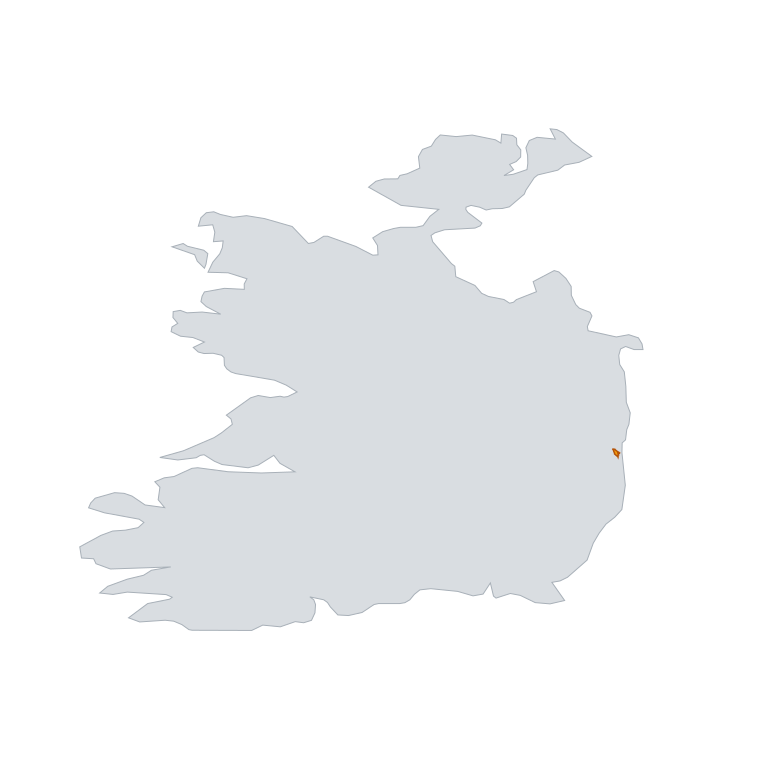 Blackrock Lea-6, Dún Laoghaire–Rathdown, Ireland shown in context, rotated 13°
{"feature_id": "5873133B82062231942837", "entity_name": "Blackrock Lea-6", "entity_type": "district", "adm_level": 2, "iso_a3": "IRL", "parent_name": "Ireland", "parent_adm1": "Dún Laoghaire–Rathdown", "projection": "equal_earth", "projection_center": [-6.181, 53.289], "detail": "fine", "context": "in_parent", "style": "filled", "palette": "amber", "viewbox_px": 768, "rotation_deg": 13, "n_neighbors": 0, "source": "geoboundaries", "source_scale": "gbopen_adm2", "svg_char_len": 4454}
<svg xmlns="http://www.w3.org/2000/svg" viewBox="0 0 768 768"><g transform="rotate(13 384 384)"><path d="M505.3,136.5L486.8,145.7L484.0,149.2L478.6,163.4L478.0,167.4L466.3,183.2L459.7,186.4L450.0,188.9L444.4,191.5L437.5,190.2L428.6,190.4L424.2,193.2L424.4,195.4L427.0,197.9L443.2,205.2L442.2,208.2L437.6,211.6L408.3,220.1L399.5,225.3L396.4,228.7L399.4,234.4L422.6,251.5L426.5,253.3L429.8,263.3L450.4,267.5L458.8,273.7L466.1,275.2L481.9,274.7L488.2,277.0L491.8,275.2L494.0,272.0L511.8,259.8L506.3,250.7L524.3,235.2L529.2,235.5L537.5,240.2L544.4,246.8L546.6,255.5L553.0,263.5L557.3,266.2L568.6,267.8L571.3,270.9L569.2,282.3L570.9,286.2L599.8,285.9L611.4,280.9L621.5,281.8L626.4,286.9L628.6,292.2L620.0,294.2L611.0,293.1L606.6,296.6L606.3,303.3L609.3,312.0L615.4,318.1L620.2,332.0L624.2,347.3L630.4,356.7L631.7,368.2L630.8,373.9L631.9,384.1L629.3,387.8L631.3,397.4L641.9,428.4L644.0,452.8L638.8,461.9L631.8,470.6L627.2,480.9L623.7,492.0L621.5,509.9L606.3,531.0L599.8,536.3L592.2,539.5L608.7,554.3L595.2,560.9L580.5,563.0L564.3,559.3L554.2,559.7L541.3,567.4L538.4,566.0L532.4,553.9L527.8,566.4L518.4,570.4L502.4,569.5L475.6,572.9L465.3,576.5L460.9,582.1L457.7,588.5L453.5,592.4L448.7,594.4L428.0,599.2L423.9,601.1L414.1,611.5L401.5,617.6L391.0,619.4L381.9,613.3L378.1,609.6L373.8,607.8L359.6,608.1L364.1,610.0L366.9,614.3L368.2,622.5L366.5,630.6L359.4,634.7L351.0,635.5L337.6,643.9L320.1,646.2L310.5,653.9L252.4,667.1L249.1,667.2L241.2,663.9L232.5,662.4L223.9,663.4L199.5,670.8L187.7,669.3L203.1,651.1L223.5,641.9L225.6,639.4L219.1,638.2L180.7,644.5L167.3,650.0L154.0,651.6L160.3,643.3L177.8,631.9L192.7,624.5L199.3,617.8L217.4,610.2L159.0,625.8L143.8,623.9L140.4,619.6L128.4,621.6L124.2,611.1L142.2,595.2L152.7,588.3L164.9,584.6L176.7,579.3L181.2,572.9L175.8,570.8L140.7,572.4L124.0,571.1L125.0,565.9L128.3,560.2L145.9,550.5L155.4,549.0L163.7,549.9L178.4,555.6L198.1,553.8L190.0,547.6L188.9,535.0L182.7,530.8L190.9,524.9L200.2,521.4L215.8,509.4L221.3,507.5L251.7,504.6L284.5,498.3L317.0,489.6L300.5,484.7L292.7,478.3L279.7,491.3L270.4,496.2L244.3,498.9L236.1,497.4L224.6,493.4L221.0,494.9L217.6,498.1L200.2,504.4L182.1,506.0L203.4,494.3L230.5,474.5L236.6,468.2L245.3,457.4L242.8,452.5L237.4,449.8L257.1,427.5L264.0,423.5L276.3,422.8L285.5,419.3L289.4,419.3L293.0,417.9L301.1,411.3L289.0,407.1L276.4,404.9L237.3,407.2L232.2,406.7L227.4,404.6L224.3,401.7L222.2,394.2L219.3,392.5L210.5,392.5L201.8,394.8L195.8,394.6L189.9,391.3L199.6,383.5L187.4,381.7L175.0,383.2L164.8,380.9L164.6,376.1L169.4,371.3L163.4,366.7L162.3,360.9L168.9,358.1L176.0,359.0L190.6,354.8L209.2,352.7L193.4,348.5L187.1,344.9L187.0,339.4L188.3,334.7L207.0,326.7L226.6,323.2L225.3,318.0L226.8,312.3L207.1,310.7L187.4,314.7L189.8,303.8L194.7,294.1L195.8,287.7L195.1,280.8L185.8,283.7L185.0,274.1L181.3,267.4L167.6,272.0L168.2,263.2L172.3,257.1L179.4,254.5L186.4,255.6L199.5,255.5L212.2,250.9L230.3,249.7L259.1,251.2L278.7,264.1L283.9,261.8L292.0,253.6L295.7,252.7L325.6,256.3L344.1,261.0L349.1,259.5L346.5,250.5L340.2,244.2L348.4,235.9L358.3,230.4L364.8,227.6L379.9,224.1L386.5,220.9L391.0,210.3L398.1,201.5L360.4,206.1L324.7,195.7L330.5,188.3L338.1,184.2L351.3,181.0L352.6,177.2L359.2,174.0L370.3,165.6L366.4,154.7L368.7,146.8L376.6,141.6L379.2,134.1L382.8,128.7L398.7,126.7L414.0,121.6L437.6,121.0L443.7,123.0L442.4,114.0L453.5,112.9L457.8,114.7L459.6,121.0L464.6,125.1L466.1,132.1L462.7,137.6L457.0,141.8L462.1,146.1L454.0,153.9L462.7,150.6L475.1,142.9L474.5,136.7L472.5,128.9L469.1,121.9L470.8,114.1L477.7,109.2L495.9,106.8L488.5,98.0L495.2,97.2L502.3,99.0L512.9,105.9L535.3,115.5L524.2,124.1L510.7,130.0L505.3,136.5ZM183.6,307.4L183.0,311.6L174.4,306.3L170.4,300.6L146.6,298.0L156.7,292.3L161.5,294.0L178.3,294.2L183.0,296.6L183.6,307.4Z" fill="#d9dde1" stroke="#a8b0b8" stroke-width="1"/><path d="M628.5,402.6L628.5,402.4L627.9,400.7L628.2,400.5L628.5,400.4L628.2,399.6L627.9,399.2L627.5,398.9L627.5,398.6L627.4,398.4L627.2,398.3L627.1,398.1L629.0,398.5L629.1,398.2L628.8,398.1L628.4,398.0L628.3,397.8L628.2,397.8L627.9,397.7L627.2,397.5L627.1,397.4L626.9,397.4L626.7,397.3L626.2,397.1L624.7,396.4L624.2,396.1L623.7,395.7L623.5,395.8L623.3,395.8L623.0,395.7L622.3,395.9L622.3,396.0L622.0,395.9L621.7,395.8L621.5,396.1L621.2,396.0L622.0,396.5L622.6,397.0L622.7,397.3L622.9,397.5L623.2,398.3L624.1,399.2L624.2,399.5L624.2,399.8L624.4,400.3L625.5,400.8L626.2,401.3L626.7,401.5L627.0,401.7L627.4,401.8L628.3,402.3L628.5,402.6Z" fill="#f59e0b" stroke="#b45309" stroke-width="1.5"/></g></svg>